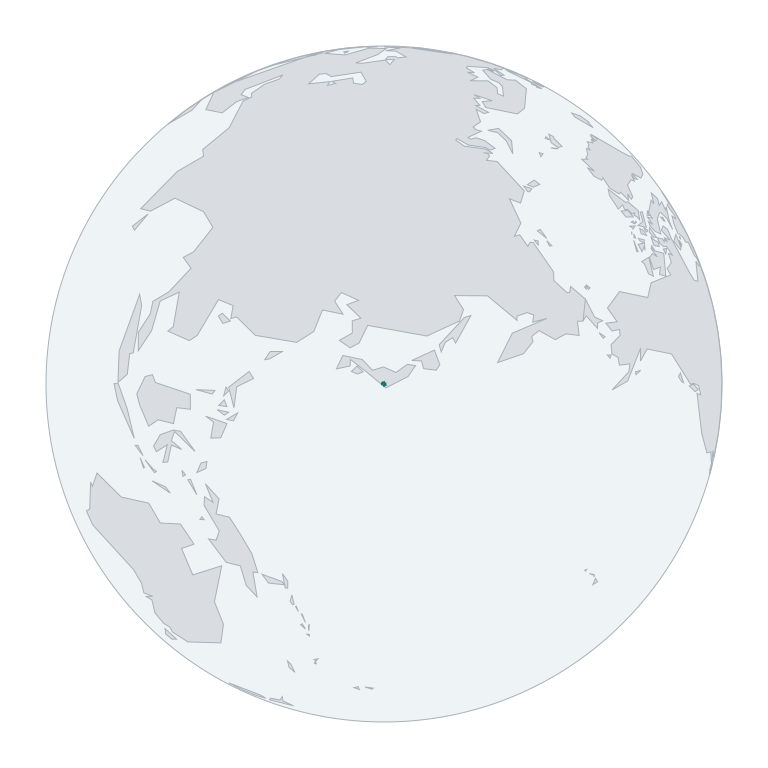 Kanagawa highlighted on a globe, orthographic projection, rotated 46°
{"feature_id": "JPN-1857", "entity_name": "Kanagawa", "entity_type": "Prefecture", "adm_level": 1, "iso_a3": "JPN", "parent_name": "Japan", "parent_adm1": "", "projection": "orthographic", "projection_center": [139.409, 35.386], "detail": "fine", "context": "on_globe", "style": "filled", "palette": "teal", "viewbox_px": 768, "rotation_deg": 46, "n_neighbors": 0, "source": "natural_earth", "source_scale": "10m", "svg_char_len": 12328}
<svg xmlns="http://www.w3.org/2000/svg" viewBox="0 0 768 768"><g transform="rotate(46 384 384)"><circle cx="384" cy="384" r="338" fill="#eef3f6" stroke="#a8b0b8"/><path d="M595.3,603.0L595.2,604.6L594.8,604.9L595.3,603.0ZM665.8,197.6L660.3,193.5L670.9,205.5L675.0,212.2L675.2,212.6L672.2,209.4L668.7,203.7L659.7,196.0L657.9,199.6L640.2,189.7L608.1,165.3L611.8,163.7L603.7,158.8L598.5,160.9L597.1,163.6L562.1,156.3L541.6,170.4L545.6,183.6L536.5,174.6L551.1,206.7L546.7,224.0L545.3,199.3L540.2,193.1L534.0,201.6L527.4,197.2L520.7,199.1L513.4,193.3L513.1,180.4L508.4,176.7L504.3,183.1L494.4,182.1L501.2,173.0L484.6,170.5L481.1,150.4L505.0,134.2L496.8,121.5L504.7,101.9L497.7,100.2L496.3,93.0L487.6,88.7L491.5,87.1L481.2,85.2L479.3,87.6L474.1,87.8L468.8,85.7L472.9,83.0L476.2,83.6L474.6,81.9L478.9,81.5L473.8,80.6L479.4,78.1L466.1,77.7L464.1,73.4L469.9,72.6L479.4,76.4L516.4,86.9L525.2,88.8L528.1,86.8L512.4,74.4L518.0,75.6L518.2,74.4L510.5,71.5L507.6,71.6L493.4,66.8L491.6,68.4L485.5,67.0L479.6,67.9L469.7,64.0L463.3,60.1L467.7,59.4L465.0,58.0L452.0,56.1L451.8,53.6L438.3,50.5L463.2,55.5L487.5,62.3L511.4,71.0L534.4,81.4L556.7,93.5L578.0,107.3L598.2,122.6L617.1,139.4L634.8,157.5L651.1,177.0L665.8,197.6ZM673.5,373.2L670.7,366.9L674.5,367.7L673.5,373.2ZM667.5,365.4L668.8,367.0L667.4,366.1L667.5,365.4ZM665.5,366.1L666.9,365.6L665.6,367.0L665.5,366.1ZM663.1,368.1L664.3,366.8L664.3,367.2L663.1,368.1ZM658.6,369.0L657.3,369.0L658.2,367.0L658.6,369.0ZM597.5,165.8L599.1,161.5L606.2,161.7L605.6,165.5L597.5,165.8ZM583.1,166.9L582.0,163.1L591.2,167.6L589.0,168.3L583.1,166.9ZM549.9,194.7L552.5,189.9L552.3,196.2L549.9,194.7ZM521.0,200.4L522.4,203.4L518.3,203.2L521.0,200.4ZM485.4,70.1L482.6,69.0L485.2,69.4L485.4,70.1ZM485.6,71.8L490.6,73.0L491.4,74.0L488.3,73.2L485.6,71.8ZM503.4,194.5L496.4,193.7L503.5,192.1L503.4,194.5ZM479.2,70.1L492.2,75.6L493.5,77.5L482.7,76.3L479.2,70.1ZM492.3,191.8L475.4,191.1L477.0,197.2L462.9,180.2L482.0,186.0L490.4,182.8L488.5,187.8L492.3,191.8ZM480.9,89.3L482.8,86.6L486.1,90.9L480.9,89.3ZM484.4,92.0L502.1,106.3L496.7,109.8L491.9,104.0L488.9,110.6L477.5,105.2L476.6,100.4L482.4,99.0L473.7,98.1L484.4,92.0ZM457.9,171.4L453.7,169.6L458.0,169.0L457.9,171.4ZM472.3,88.2L476.3,90.5L472.0,93.6L463.1,89.5L467.3,89.8L472.3,88.2ZM493.6,115.3L488.8,117.2L478.3,113.2L475.0,113.6L476.8,105.4L493.6,115.3ZM465.6,88.1L458.7,87.5L455.9,84.3L468.0,86.2L465.6,88.1ZM474.6,96.2L472.1,97.6L470.6,95.4L474.6,96.2ZM442.2,73.8L447.1,76.0L445.3,77.6L442.2,73.8ZM456.2,87.5L457.2,88.6L457.0,89.7L452.0,88.8L456.2,87.5ZM469.3,103.4L465.9,101.5L468.0,106.5L460.2,104.2L462.9,99.3L458.5,100.4L456.1,99.8L460.9,96.7L469.3,103.4ZM446.4,91.2L447.0,85.0L438.2,80.3L439.6,78.6L453.5,86.5L446.4,91.2ZM454.5,94.6L449.8,92.0L453.9,90.8L459.6,91.9L454.5,94.6ZM454.0,104.5L465.3,109.3L464.3,110.2L454.0,104.5ZM443.0,90.0L442.9,91.5L441.9,89.8L443.0,90.0ZM449.7,100.1L453.8,101.6L452.6,102.6L449.7,100.1ZM439.3,93.7L439.6,91.6L443.5,92.1L439.3,93.7ZM443.4,96.8L440.8,97.9L444.7,93.6L445.5,97.2L443.4,96.8ZM447.9,100.9L448.6,101.9L446.4,100.1L447.9,100.9ZM424.4,93.3L428.4,87.8L437.0,88.7L432.0,93.9L424.4,93.3ZM130.7,160.3L112.3,183.8L105.0,197.0L120.1,183.6L132.2,161.3L144.3,149.3L142.6,159.8L133.4,181.3L137.8,177.4L151.9,158.0L158.4,157.9L157.8,151.2L151.7,157.6L151.2,153.9L156.8,148.0L158.8,147.9L164.0,140.9L152.9,144.2L145.5,151.1L153.8,138.7L142.3,149.3L141.5,149.2L160.7,131.3L165.3,127.9L193.8,105.9L189.7,108.1L162.5,129.4L167.2,125.2L161.4,129.7L169.5,123.0L200.4,100.5L205.9,96.9L228.7,83.9L252.6,72.7L243.6,76.7L247.7,75.0L239.2,79.2L239.8,81.0L233.1,85.7L245.2,83.1L243.5,85.5L236.8,86.1L228.5,89.6L213.3,103.4L213.9,105.1L223.0,102.7L217.7,107.4L228.5,103.3L225.7,111.4L238.2,98.6L249.3,96.9L254.1,100.6L260.0,98.0L252.2,92.2L247.0,92.1L239.0,95.5L226.9,95.0L229.5,91.2L250.7,84.1L256.8,78.4L270.6,76.5L283.3,91.4L282.4,100.4L255.8,118.7L249.1,117.1L255.3,109.4L238.5,118.2L245.2,116.6L240.8,120.9L250.2,121.5L247.5,124.6L261.2,120.1L259.0,124.1L250.4,126.9L262.5,132.4L261.0,141.3L265.1,141.1L269.8,138.4L264.9,152.3L268.0,151.6L270.9,146.7L279.1,142.4L291.7,140.5L289.3,145.4L284.4,146.7L270.6,157.4L258.0,161.0L258.4,162.9L268.7,161.0L285.5,147.8L293.8,145.4L286.7,151.9L289.9,149.3L293.3,149.7L294.3,154.9L302.5,148.1L342.6,149.0L348.7,160.1L337.9,165.1L363.4,173.8L368.3,187.6L370.9,182.8L384.9,184.9L383.5,180.5L385.8,178.4L421.1,184.1L427.6,190.0L445.7,188.8L447.1,186.6L443.3,182.0L462.9,180.2L477.0,197.2L473.2,201.2L484.6,209.9L474.3,218.3L471.1,229.9L453.3,235.4L452.4,244.8L457.0,247.3L459.1,262.6L447.5,287.4L436.6,256.4L450.0,221.2L442.8,234.1L438.4,228.3L432.1,231.4L427.5,241.3L430.7,244.1L392.5,248.3L369.4,271.8L385.7,275.1L391.1,286.0L379.2,319.9L330.5,355.0L337.2,373.4L334.5,383.2L321.6,385.8L325.3,371.4L316.5,362.9L320.6,354.9L301.2,355.6L306.1,344.2L288.6,351.1L290.1,362.0L305.3,365.0L288.0,376.9L297.5,398.1L293.4,417.9L259.7,442.7L233.3,443.4L230.6,448.8L222.8,438.1L208.3,444.4L219.3,484.7L217.5,493.9L195.9,502.7L196.3,495.7L175.7,467.4L168.8,487.3L184.2,514.2L189.4,537.7L176.1,524.7L171.2,503.4L164.0,492.8L168.3,474.9L166.7,442.4L153.5,440.4L156.7,429.1L152.5,398.2L134.8,394.1L105.2,405.2L97.4,432.0L88.9,437.2L87.5,385.0L94.8,355.5L89.4,351.5L92.1,317.3L82.6,288.8L85.6,279.8L82.8,277.4L85.5,261.6L91.8,247.7L91.4,242.1L75.6,279.3L76.6,285.7L83.5,282.7L78.5,294.0L76.5,312.1L62.9,321.5L56.0,304.0L62.7,282.4L95.7,210.4L98.8,206.4L99.2,205.7L100.1,204.5L95.5,209.9L103.7,197.3L78.2,241.4L70.7,257.7L55.8,304.6L55.4,305.6L52.8,318.0L53.6,332.3L52.0,338.6L47.1,358.0L47.0,359.2L49.7,335.0L54.1,311.0L60.2,287.4L68.0,264.3L77.5,241.8L88.5,220.0L101.1,199.1L115.2,179.2L130.7,160.3ZM116.2,215.4L115.7,229.7L129.0,212.8L129.9,217.2L134.1,210.1L129.9,211.5L142.1,193.9L146.6,197.0L153.4,191.5L153.9,186.5L143.7,183.9L126.2,208.5L120.7,209.8L116.2,215.4ZM278.7,64.2L271.8,66.5L269.1,66.9L277.6,63.3L281.7,62.5L278.7,64.2ZM262.6,70.1L281.3,65.3L276.7,68.1L276.1,67.1L271.2,69.5L269.0,68.8L246.4,77.1L242.5,78.1L260.4,69.5L256.7,71.4L263.7,68.6L262.6,70.1ZM336.9,55.5L344.9,55.5L324.7,61.2L319.5,60.7L327.7,56.5L338.6,54.7L336.9,55.5ZM457.7,67.8L462.0,68.9L460.9,69.5L456.2,69.0L457.7,67.8ZM444.6,74.7L437.3,64.2L442.0,64.7L432.2,59.0L440.6,58.4L446.7,61.9L445.7,57.7L454.6,60.6L452.6,57.9L465.3,65.8L473.3,69.0L461.2,65.5L453.3,65.8L452.2,67.0L455.2,72.8L468.3,80.6L462.5,83.0L455.0,82.6L450.9,81.0L455.9,79.8L446.9,78.6L451.1,75.8L444.6,74.7ZM369.5,87.4L377.1,84.8L359.7,85.6L363.8,81.3L361.5,81.7L360.5,78.1L355.3,74.8L358.7,73.2L355.2,72.6L354.5,70.6L350.9,69.4L355.6,66.4L351.6,64.9L356.1,64.3L347.9,62.7L356.1,62.7L355.9,60.6L348.0,61.7L382.1,52.1L390.0,49.5L392.2,47.7L406.0,48.9L412.8,51.9L414.3,56.2L404.7,59.2L412.7,59.6L410.4,61.4L405.1,60.3L412.0,63.1L408.7,64.3L410.1,70.7L422.1,75.0L422.9,77.8L416.6,76.8L421.8,80.4L410.4,80.6L410.7,82.8L399.8,85.6L387.4,83.1L388.7,85.8L380.4,88.6L369.5,87.4ZM421.0,93.9L405.2,90.9L399.7,87.4L421.1,84.1L422.4,82.0L435.9,80.7L443.6,86.1L439.0,85.9L436.4,87.0L435.0,84.8L434.1,87.4L427.8,87.5L425.4,89.6L420.9,87.9L421.0,93.9ZM163.9,127.6L163.7,127.8L163.5,128.0L163.9,127.6ZM194.8,104.0L192.5,105.6L194.8,104.0ZM235.3,87.7L233.6,89.6L231.0,90.6L229.1,90.5L235.3,87.7ZM318.8,91.9L324.0,90.2L325.0,91.1L336.8,90.9L334.7,94.5L326.8,96.1L318.8,91.9ZM118.6,182.7L117.1,182.1L119.8,178.4L119.8,179.3L118.6,182.7ZM136.8,154.3L129.7,162.7L135.8,155.1L136.8,154.3ZM318.5,95.8L323.6,95.2L319.4,97.5L318.5,95.8ZM333.8,97.3L329.9,100.0L335.8,95.0L333.8,97.3ZM267.6,610.6L277.7,614.3L277.4,615.4L267.6,610.6ZM257.0,603.6L268.2,607.1L255.4,605.6L257.0,603.6ZM272.6,608.5L284.0,609.2L288.9,608.5L288.3,610.8L272.6,608.5ZM249.6,601.4L210.9,587.2L196.2,577.9L199.2,574.9L223.0,585.7L249.6,601.4ZM198.0,574.2L176.2,551.5L149.8,497.5L159.2,503.8L187.4,542.7L185.5,545.8L198.7,562.0L198.0,574.2ZM252.8,571.4L250.9,582.6L229.1,574.2L219.4,568.7L212.7,550.7L216.4,544.1L224.2,547.4L256.8,530.5L267.7,540.8L257.1,549.5L266.2,563.0L252.8,571.4ZM97.8,435.5L100.0,456.6L95.7,455.4L97.8,435.5ZM271.9,514.6L257.5,523.1L271.2,510.1L271.9,514.6ZM281.2,500.8L281.1,507.5L276.5,499.7L281.2,500.8ZM228.5,457.8L220.1,456.0L220.8,451.2L232.0,450.8L228.5,457.8ZM290.0,434.6L286.5,448.6L283.7,452.9L281.6,443.2L290.0,434.6ZM307.9,131.4L293.8,127.1L282.2,127.6L273.5,133.1L279.7,124.1L297.5,123.2L307.9,131.4ZM338.6,146.0L346.1,142.0L347.0,145.6L345.4,147.0L338.6,146.0ZM340.2,142.3L341.7,134.3L348.6,133.3L346.1,139.8L340.2,142.3ZM329.4,113.3L325.4,111.6L328.9,109.7L329.4,113.3ZM521.8,689.0L528.0,687.3L519.1,692.3L505.8,698.3L491.1,703.3L521.8,689.0ZM412.3,714.7L407.8,711.4L423.4,710.5L420.4,713.7L412.3,714.7ZM531.3,683.8L539.1,678.2L538.2,674.3L541.9,676.8L552.7,672.6L531.7,685.7L531.3,683.8ZM343.5,693.1L283.1,691.4L268.6,686.3L269.5,682.5L250.7,663.1L255.1,664.8L248.7,652.3L282.8,651.5L306.3,636.0L328.5,641.5L343.3,627.7L367.2,631.9L361.7,643.9L388.5,654.2L402.0,627.0L422.8,657.2L445.3,666.4L456.9,681.2L433.3,704.2L415.6,708.4L410.1,706.9L403.3,708.7L389.7,707.8L378.2,701.0L371.6,702.7L376.1,697.9L367.5,701.8L358.5,696.7L343.5,693.1ZM516.2,645.8L520.9,645.6L529.5,648.4L522.0,649.1L516.2,645.8ZM583.7,612.9L586.7,614.0L581.6,616.5L583.7,612.9ZM594.8,604.9L588.6,608.2L595.3,603.0L594.8,604.9ZM535.6,625.9L538.3,627.1L536.6,628.1L535.6,625.9ZM533.6,625.7L535.8,622.4L536.0,625.2L533.6,625.7ZM509.9,613.6L512.3,611.6L513.6,612.7L509.9,613.6ZM292.6,618.1L306.2,612.6L314.1,613.5L292.6,618.1ZM505.7,610.7L499.2,611.2L499.7,609.4L505.7,610.7ZM505.7,606.7L504.8,604.4L509.4,609.5L505.7,606.7ZM492.8,602.7L501.1,606.2L492.0,603.3L492.8,602.7ZM488.3,603.7L482.6,602.2L482.9,601.4L488.3,603.7ZM428.2,608.9L449.0,623.2L433.2,623.0L415.1,613.7L402.7,621.4L373.5,617.8L379.7,613.2L375.3,604.6L346.3,597.7L340.4,591.4L350.4,589.2L331.8,581.8L352.1,582.5L360.8,595.1L372.4,587.7L393.4,591.9L414.4,597.0L432.1,605.8L428.2,608.9ZM353.0,607.2L356.6,607.7L353.6,610.5L353.0,607.2ZM471.7,596.8L480.0,601.7L479.1,603.0L475.2,602.5L471.7,596.8ZM436.1,603.9L454.8,594.8L459.4,594.9L447.1,605.3L436.1,603.9ZM449.9,588.9L458.9,590.1L464.0,595.1L462.1,596.6L449.9,588.9ZM311.5,589.9L310.8,592.8L305.7,589.3L311.5,589.9ZM318.0,589.3L333.7,595.6L316.7,591.7L318.0,589.3ZM272.7,567.6L277.0,576.3L290.5,575.0L280.2,579.3L289.8,593.7L286.9,597.5L277.2,582.1L274.6,594.7L268.7,592.9L265.0,580.4L270.7,567.6L276.7,563.2L301.3,566.8L272.7,567.6ZM317.7,580.2L313.7,570.5L316.8,565.2L321.1,570.8L317.7,580.2ZM302.6,546.2L292.9,533.0L283.2,534.7L303.4,524.4L309.3,538.8L302.6,546.2ZM295.6,520.4L286.5,521.9L296.4,515.4L295.6,520.4ZM284.6,517.7L284.4,509.8L291.1,512.7L284.6,517.7ZM300.1,521.9L303.2,509.4L305.9,517.9L300.1,521.9ZM283.7,491.9L296.8,508.4L278.4,497.9L281.3,472.3L289.4,474.0L283.7,491.9ZM352.3,398.8L352.4,390.8L360.7,390.7L358.3,396.2L352.3,398.8ZM388.1,385.4L363.0,388.2L342.9,391.1L347.5,395.8L340.1,407.7L334.9,393.8L351.4,382.6L366.1,382.8L371.4,372.5L384.1,367.3L386.1,353.5L392.7,348.6L395.3,361.5L388.1,385.4ZM386.4,347.6L394.6,324.2L408.9,330.4L410.3,336.9L400.5,344.8L393.5,341.0L386.4,347.6ZM400.7,320.6L394.1,317.0L392.0,280.0L395.1,273.9L404.3,304.1L398.5,302.4L396.5,310.8L400.7,320.6ZM453.4,172.4L453.7,169.8L456.2,172.6L453.4,172.4ZM384.8,176.0L388.3,173.7L391.1,176.6L384.8,176.0ZM399.8,169.1L394.1,167.4L401.1,167.2L399.8,169.1ZM381.3,164.2L392.3,165.8L380.3,167.3L381.3,164.2Z" fill="#d9dde1" stroke="#a8b0b8" stroke-width="1"/><path d="M385.8,383.3L385.6,383.4L385.5,383.5L385.3,383.6L385.2,383.5L385.3,383.7L385.3,383.8L385.2,383.9L385.1,384.0L385.2,384.3L385.1,384.5L385.3,384.6L385.6,384.7L385.6,384.8L385.6,385.0L385.3,385.0L385.2,385.1L385.3,385.3L385.3,385.5L385.2,385.5L385.0,385.4L385.0,385.2L384.9,385.1L385.0,385.0L384.9,385.0L384.9,384.9L384.8,384.7L384.7,384.6L384.4,384.5L384.3,384.4L384.0,384.4L383.6,384.5L383.4,384.5L383.2,384.6L382.9,384.7L382.7,384.9L382.7,385.2L382.8,385.5L382.6,385.4L382.5,385.6L382.4,385.5L382.2,385.5L382.1,385.4L381.9,385.2L381.9,384.9L381.9,384.7L382.0,384.6L382.0,384.4L382.0,384.2L381.9,384.0L381.6,384.0L381.6,383.9L381.7,383.7L381.8,383.6L382.0,383.5L382.4,383.3L382.5,383.2L382.6,382.8L382.6,382.7L382.6,382.4L382.9,382.5L383.0,382.6L383.2,382.8L383.3,382.8L383.5,382.9L383.8,382.9L384.0,383.0L384.2,383.4L384.3,383.4L384.3,383.1L384.4,382.9L384.2,382.8L384.3,382.7L384.3,382.8L384.4,382.7L384.5,382.7L385.2,382.9L385.2,383.0L385.4,383.1L385.8,383.3L385.8,383.3Z" fill="#14b8a6" stroke="#0f766e" stroke-width="1.5"/></g></svg>